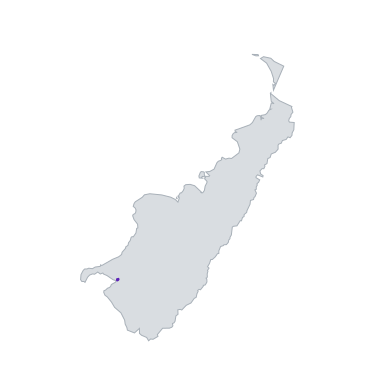 location of Capital, Corrientes, Argentina, rotated 203°
{"feature_id": "61730980B72419299069197", "entity_name": "Capital", "entity_type": "district", "adm_level": 2, "iso_a3": "ARG", "parent_name": "Argentina", "parent_adm1": "Corrientes", "projection": "mercator", "projection_center": [-58.741, -27.521], "detail": "fine", "context": "in_parent", "style": "filled", "palette": "violet", "viewbox_px": 384, "rotation_deg": 203, "n_neighbors": 0, "source": "geoboundaries", "source_scale": "gbopen_adm2", "svg_char_len": 4108}
<svg xmlns="http://www.w3.org/2000/svg" viewBox="0 0 384 384"><g transform="rotate(203 192 192)"><path d="M234.2,103.7L232.4,107.0L232.8,109.2L231.1,114.4L231.6,115.4L230.1,117.9L230.6,120.6L229.9,123.2L230.3,126.5L229.7,127.5L228.5,127.8L227.6,132.4L228.7,136.9L227.8,137.8L229.5,141.1L234.6,144.0L237.3,146.9L237.4,148.2L236.0,150.0L235.9,151.6L236.6,153.7L238.0,155.0L240.5,155.8L240.8,158.8L240.4,160.8L235.7,167.7L234.7,170.8L230.2,173.9L218.6,177.5L209.6,178.9L204.5,178.6L201.0,177.2L201.3,181.2L203.0,182.4L202.1,182.4L202.9,183.2L202.5,186.5L201.4,187.1L200.6,189.9L200.6,192.3L201.7,194.3L200.6,196.3L196.7,198.3L192.0,198.8L183.4,195.6L183.7,195.1L183.2,194.9L181.8,195.5L181.2,198.3L182.2,202.6L181.9,206.4L182.4,207.7L185.6,209.1L185.3,210.6L186.4,210.8L188.6,210.4L188.9,209.2L187.7,208.8L190.8,207.8L191.9,209.4L192.0,213.3L191.5,214.4L189.1,215.1L188.4,214.9L187.1,212.1L185.9,211.6L182.5,213.0L182.1,213.9L187.1,215.9L183.5,218.0L180.6,221.7L180.5,228.6L179.8,230.6L177.8,232.4L177.4,233.7L178.1,234.5L177.8,235.8L174.0,235.4L171.2,237.6L168.7,238.3L164.1,246.3L164.7,250.2L169.9,256.0L176.3,257.6L177.1,259.5L176.9,261.8L176.1,263.2L173.7,264.5L175.8,264.5L176.6,265.7L165.0,276.4L163.5,279.6L162.8,286.2L161.9,287.6L159.5,288.9L157.8,287.5L156.6,285.1L156.6,287.1L154.4,287.8L157.1,287.9L158.3,289.5L154.7,291.9L153.6,294.2L153.2,297.3L151.7,299.1L152.8,298.7L153.8,304.9L151.0,305.4L154.5,306.4L158.5,313.6L158.2,314.2L158.0,313.4L147.5,310.2L133.4,309.7L133.5,308.7L130.3,304.9L131.1,302.1L130.5,299.9L131.2,297.8L130.8,295.3L129.6,294.4L125.1,295.9L122.6,289.1L122.9,285.5L122.1,283.2L122.9,280.3L125.2,280.2L125.9,277.1L128.9,274.7L128.9,271.8L130.7,270.2L131.1,268.8L129.5,265.1L130.8,261.1L133.9,258.0L133.6,254.2L135.3,252.4L134.1,247.4L135.8,245.3L134.9,244.1L135.0,241.5L136.6,240.9L137.7,238.0L136.0,235.5L132.9,234.8L132.7,233.5L138.4,233.4L139.1,231.4L138.7,230.2L134.4,229.6L134.5,226.9L135.4,225.2L134.6,223.5L134.9,221.9L133.9,219.6L134.9,218.5L132.2,216.1L132.2,212.2L132.8,211.2L132.4,209.1L134.9,207.1L133.8,203.4L134.1,196.3L133.7,194.5L135.2,191.6L134.5,189.7L135.6,188.3L135.2,184.8L136.4,184.5L137.4,178.4L140.5,176.6L141.2,175.4L139.0,167.9L139.3,165.1L138.8,163.8L139.4,162.2L138.9,159.8L139.8,157.0L142.0,155.9L142.2,154.9L144.4,153.0L144.3,148.3L143.3,145.9L144.5,145.1L145.2,141.5L146.9,137.8L148.3,137.2L148.0,133.0L148.5,129.3L146.6,128.6L147.1,125.9L146.4,125.3L146.0,122.5L144.8,120.0L144.7,118.9L145.4,118.2L144.1,117.2L143.1,115.0L143.3,112.9L143.6,111.5L145.1,110.5L144.8,109.5L146.0,105.3L147.5,105.1L148.3,103.6L147.5,102.8L147.7,100.3L147.0,96.7L148.4,94.9L149.6,89.4L153.0,85.5L155.3,79.4L157.1,79.3L159.0,78.0L157.1,74.0L158.4,71.6L157.1,66.3L157.5,64.4L158.6,63.3L157.3,61.3L157.7,59.7L159.5,57.9L165.8,55.1L168.2,47.2L166.9,45.8L170.3,41.2L172.7,40.5L173.8,38.1L176.9,40.4L182.4,40.4L185.1,41.3L187.1,45.9L189.9,39.8L197.5,39.6L199.0,41.8L201.9,44.3L203.9,47.7L210.2,53.0L218.2,55.6L223.1,59.2L228.9,62.3L231.8,63.0L234.0,65.1L234.5,66.7L233.2,68.0L232.2,70.4L230.7,71.8L230.0,73.3L230.1,75.3L227.1,79.2L227.2,80.7L230.3,80.4L237.7,81.9L241.3,81.9L242.4,82.6L244.4,80.7L247.5,81.5L249.5,78.3L251.6,77.7L253.8,75.5L254.8,72.8L255.2,67.0L256.4,67.4L258.5,66.6L260.3,67.8L261.9,72.6L261.5,77.3L260.7,79.2L258.5,80.2L257.3,81.5L253.7,82.5L251.8,85.1L247.4,87.7L247.7,89.2L246.3,89.1L238.9,98.9L234.2,103.7ZM156.7,343.7L156.8,317.6L159.6,322.6L158.2,322.2L157.8,324.7L160.1,325.2L161.2,328.2L166.2,334.0L173.7,339.8L181.1,341.6L179.0,344.5L171.7,345.9L167.4,344.3L156.7,343.7ZM184.0,343.4L186.3,342.3L190.6,342.1L184.9,344.3L184.0,343.4ZM204.0,180.2L204.0,181.0L202.7,179.8L204.0,180.2Z" fill="#d9dde1" stroke="#a8b0b8" stroke-width="1"/><path d="M227.1,82.2L227.0,81.9L226.9,81.9L226.7,81.9L226.8,81.7L226.7,81.4L226.6,81.2L226.4,81.1L226.2,81.2L225.9,81.3L225.8,81.5L225.7,81.6L225.6,81.8L225.4,82.0L225.3,82.3L225.3,82.5L225.4,82.8L225.3,83.0L225.5,83.2L225.6,83.3L225.7,83.5L225.8,83.5L225.8,83.4L226.0,83.4L226.3,83.2L226.5,83.1L226.8,82.8L226.9,82.4L227.0,82.3L227.0,82.2L227.1,82.2Z" fill="#8b5cf6" stroke="#5b21b6" stroke-width="1.5"/></g></svg>